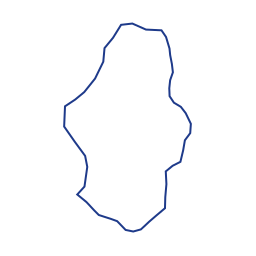 Orga, Cyprus (Albers equal-area conic projection), rotated 79°
{"feature_id": "46923920B94328330432967", "entity_name": "Orga", "entity_type": "district", "adm_level": 2, "iso_a3": "CYP", "parent_name": "Cyprus", "parent_adm1": "", "projection": "albers", "projection_center": [33.031, 35.359], "detail": "fine", "context": "isolated", "style": "outline", "palette": "blue", "viewbox_px": 256, "rotation_deg": 79, "n_neighbors": 0, "source": "geoboundaries", "source_scale": "gbopen_adm2", "svg_char_len": 727}
<svg xmlns="http://www.w3.org/2000/svg" viewBox="0 0 256 256"><g transform="rotate(79 128 128)"><path d="M183.6,190.5L192.8,182.9L202.4,176.9L207.8,173.3L210.8,167.9L213.8,162.4L217.4,156.4L227.6,149.8L230.6,142.6L230.0,134.7L224.0,125.1L219.2,116.7L213.8,107.0L203.0,104.6L190.4,101.0L177.8,99.2L173.6,91.4L171.2,83.0L160.4,78.1L150.9,74.5L144.9,67.9L135.9,65.5L124.5,68.5L117.3,72.1L111.9,78.1L104.7,81.1L96.9,79.9L89.1,77.5L81.9,73.3L73.5,72.7L64.5,72.7L57.9,72.1L45.9,73.3L38.5,76.5L34.8,91.6L26.3,103.8L25.4,115.1L36.6,125.5L45.1,135.8L58.2,139.6L73.2,150.9L84.4,164.1L90.0,174.4L94.7,185.7L114.4,190.4L131.3,182.9L147.2,175.4L158.4,175.4L177.2,181.9L183.6,190.5Z" fill="none" stroke="#1e3a8a" stroke-width="2"/></g></svg>